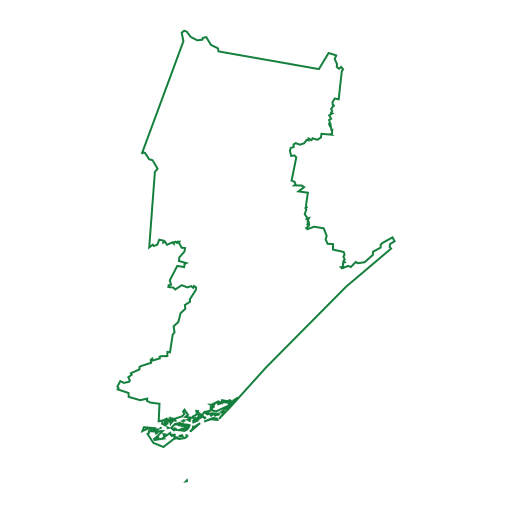 Wellington, Victoria, Australia
{"feature_id": "25037944B69891051906105", "entity_name": "Wellington", "entity_type": "district", "adm_level": 2, "iso_a3": "AUS", "parent_name": "Australia", "parent_adm1": "Victoria", "projection": "mercator", "projection_center": [146.771, -38.038], "detail": "fine", "context": "isolated", "style": "outline", "palette": "green", "viewbox_px": 512, "rotation_deg": 0, "n_neighbors": 0, "source": "geoboundaries", "source_scale": "gbopen_adm2", "svg_char_len": 6136}
<svg xmlns="http://www.w3.org/2000/svg" viewBox="0 0 512 512"><path d="M184.2,30.7L181.7,32.7L183.4,41.3L141.8,153.8L143.4,152.3L145.1,153.0L149.1,159.2L152.6,160.3L157.6,168.7L154.9,171.9L149.2,247.4L152.7,244.7L153.9,246.0L157.3,244.7L159.2,239.7L163.7,240.7L163.3,242.6L165.1,241.7L167.0,244.8L172.3,242.4L173.8,243.8L173.8,242.3L175.5,241.7L176.7,242.2L176.4,243.7L177.6,241.7L179.4,241.7L178.8,242.6L181.6,247.7L185.0,248.0L184.5,251.5L179.3,257.5L178.9,261.0L186.3,263.1L184.6,264.0L184.1,267.1L177.3,265.9L169.8,280.3L171.0,284.7L168.6,285.3L168.4,287.0L173.4,287.6L175.2,289.5L181.7,285.2L187.4,287.4L191.2,286.1L193.2,287.8L194.1,286.0L196.1,287.5L195.8,290.0L189.8,299.4L190.0,301.8L184.9,305.0L185.3,308.8L180.5,313.3L178.4,321.9L173.6,326.3L174.5,332.3L172.7,334.7L170.0,352.3L167.4,351.9L167.3,356.1L160.8,356.2L159.6,356.8L159.8,358.4L152.8,360.5L152.3,358.6L150.7,359.8L151.1,362.8L140.9,366.1L139.5,367.0L139.5,369.4L130.9,373.2L131.7,374.8L128.3,377.2L129.9,380.6L129.0,381.8L123.9,382.9L120.3,381.1L117.4,386.6L118.5,388.1L117.7,389.4L128.5,393.0L128.7,396.9L140.2,400.2L147.2,398.6L146.9,400.8L150.1,402.5L159.5,403.8L158.7,421.3L162.5,420.4L162.1,423.7L164.5,425.0L164.8,421.4L166.7,423.6L167.6,421.9L166.9,419.9L165.2,420.7L163.6,420.2L166.7,418.6L168.6,419.9L168.6,418.5L169.5,422.1L169.6,419.7L170.2,418.9L170.7,423.7L171.6,422.4L170.6,422.0L172.9,420.3L171.0,418.3L174.2,418.9L182.2,416.3L184.5,413.7L183.1,411.7L184.5,409.7L188.0,414.8L185.4,416.9L193.3,417.9L193.0,416.5L197.0,414.3L196.3,410.9L198.1,411.1L197.9,412.4L202.0,415.3L204.2,412.2L205.1,411.7L206.9,412.6L208.8,412.6L206.8,411.5L210.6,410.6L210.7,407.1L212.4,405.3L211.5,405.4L210.4,404.7L212.6,404.7L213.3,406.1L213.0,404.0L218.4,401.4L221.6,403.1L222.0,400.2L227.6,401.2L229.6,400.1L230.5,400.6L229.9,401.8L230.4,402.6L230.6,401.4L232.8,402.0L233.3,400.5L238.0,397.5L233.4,400.9L233.0,403.2L230.5,404.0L229.8,407.6L265.9,367.6L346.2,286.6L391.1,248.6L389.7,247.0L390.0,244.1L394.6,241.2L392.5,237.4L382.5,242.9L380.8,244.5L380.6,247.6L373.1,251.7L372.8,255.0L364.5,262.3L357.5,263.2L355.8,261.9L350.9,267.0L348.2,265.9L342.0,268.4L340.8,267.2L343.2,266.6L342.9,263.2L344.8,262.2L343.4,261.2L344.7,259.4L343.4,256.6L344.6,254.7L343.7,252.0L333.0,249.6L333.0,244.1L327.6,243.8L325.6,239.4L326.7,235.9L323.7,228.3L314.1,226.7L307.4,229.2L306.2,228.0L308.8,225.8L307.7,224.6L309.1,224.3L308.8,223.1L307.1,223.5L308.8,222.1L307.6,220.9L309.0,218.1L306.6,218.8L306.9,217.2L304.7,214.3L306.3,209.5L305.4,208.1L306.7,207.2L305.9,206.0L307.9,192.7L298.5,191.4L304.1,187.1L301.6,185.5L294.3,185.4L295.5,184.4L294.6,181.9L291.6,180.6L296.3,157.4L294.5,155.5L291.2,155.9L289.9,150.8L290.7,148.0L293.7,147.0L293.5,144.5L295.6,143.1L300.0,144.7L304.1,143.3L306.7,139.9L308.7,140.4L308.6,138.5L311.5,140.1L312.6,138.3L317.3,139.8L320.9,137.5L321.5,133.8L331.6,134.7L330.9,134.1L331.9,133.8L332.3,129.8L331.4,129.9L330.6,125.0L329.8,125.8L329.1,123.9L330.0,123.4L329.1,120.0L331.1,118.8L329.2,115.3L332.4,113.4L331.1,112.8L332.2,111.1L331.1,109.1L333.5,105.7L334.6,106.0L332.7,104.7L332.5,102.3L334.7,98.5L338.7,99.3L341.8,71.1L343.1,69.2L341.1,66.9L339.1,68.7L336.8,67.0L337.0,64.0L334.7,59.1L336.2,55.4L328.6,53.0L318.9,69.1L218.5,51.4L218.0,48.4L211.0,44.9L206.2,37.1L202.7,38.0L202.4,39.7L197.2,40.3L190.7,36.9L186.8,31.7L184.2,30.7ZM170.2,432.9L162.7,438.2L163.5,438.6L154.6,440.0L154.1,438.9L159.1,437.3L156.1,437.4L162.6,431.1L159.2,431.2L156.1,433.5L155.6,432.5L157.5,431.8L155.1,430.8L156.3,428.8L153.5,431.4L148.8,431.2L148.9,433.0L147.5,433.9L153.4,442.9L163.4,447.0L173.6,439.1L176.3,438.2L179.2,439.0L185.1,438.0L187.4,436.1L187.1,435.4L186.5,435.3L186.8,436.5L184.8,437.9L178.5,438.8L177.1,438.1L178.3,437.6L174.4,437.2L174.7,435.2L171.0,436.1L172.5,434.8L170.8,434.9L170.2,432.9ZM216.3,411.3L228.7,405.6L229.1,402.8L223.5,402.1L221.9,403.3L218.9,402.9L219.6,403.8L218.3,404.2L218.2,402.0L217.1,402.3L214.0,404.1L213.6,407.2L211.6,407.2L212.3,410.4L217.3,411.7L216.3,411.3ZM181.3,423.7L176.9,424.4L177.7,423.5L175.0,424.0L171.2,428.0L174.6,430.9L173.2,429.2L174.3,428.3L175.4,428.6L174.5,429.7L179.3,430.3L180.1,429.5L185.9,427.9L188.4,427.9L189.3,426.2L186.4,426.2L188.4,424.9L186.7,424.5L183.7,425.6L184.6,424.4L182.1,424.0L181.3,425.7L179.4,425.3L181.3,423.7ZM154.8,428.2L143.9,427.2L142.4,431.1L148.2,428.4L153.1,430.4L154.8,428.2ZM224.7,412.0L219.0,418.9L228.9,408.5L225.9,408.6L220.4,412.6L224.7,412.0ZM217.7,418.7L213.0,418.0L204.1,421.5L211.1,419.2L218.5,420.1L214.6,419.0L217.7,418.7ZM196.7,420.0L201.5,417.3L199.2,415.8L199.2,414.3L197.8,418.2L195.7,418.2L196.7,420.0ZM193.1,420.9L193.4,422.4L196.8,420.9L195.4,420.5L196.3,420.2L195.3,418.2L193.1,420.9ZM179.9,430.2L184.4,430.9L187.4,429.3L187.7,428.7L179.9,430.2ZM216.4,413.8L212.2,413.2L210.6,416.3L212.9,414.3L216.4,413.8ZM187.6,419.7L190.5,421.5L189.1,420.1L190.9,418.5L187.6,419.7ZM200.1,423.2L193.9,427.1L190.9,431.0L189.7,430.9L190.9,431.1L200.1,423.2ZM204.8,412.7L207.5,414.4L208.1,414.2L208.3,414.0L204.8,412.7ZM178.7,436.2L179.6,436.2L182.5,436.0L182.0,435.2L178.7,436.2ZM179.9,423.0L178.4,422.8L180.8,423.4L179.9,423.0ZM163.5,434.1L163.9,435.5L164.9,434.4L163.5,434.1ZM186.8,480.4L186.0,481.3L186.9,481.1L186.8,480.4ZM175.5,420.7L175.3,419.9L173.8,420.5L175.5,420.7ZM202.9,416.0L201.2,416.3L203.2,416.3L202.9,416.0ZM199.8,414.8L201.1,415.8L199.4,414.5L199.8,414.8ZM208.0,413.5L209.3,414.1L210.0,413.5L208.6,413.1L208.0,413.5ZM165.0,424.7L165.6,425.3L166.6,425.4L165.0,424.7ZM156.3,429.5L156.8,430.2L157.8,429.4L156.3,429.5ZM206.0,417.3L204.3,417.9L204.6,418.2L206.0,417.3ZM214.0,415.6L215.2,415.6L217.3,414.5L217.6,414.0L214.0,415.6ZM193.7,426.5L192.1,426.6L192.4,426.7L193.7,426.5ZM167.5,427.4L167.7,428.1L168.7,427.9L167.5,427.4ZM168.4,423.7L167.2,423.3L166.8,423.4L168.4,423.7ZM172.0,422.1L172.9,421.1L171.7,421.7L172.0,422.1ZM228.8,406.1L227.6,407.0L228.0,407.2L228.4,407.1L228.7,406.8L228.8,406.1ZM160.1,427.3L160.7,428.1L161.6,428.2L160.9,428.0L160.1,427.3ZM184.1,419.9L182.5,420.9L182.9,421.0L184.1,419.9ZM184.4,420.4L184.4,420.7L185.4,420.5L184.4,420.4ZM217.4,415.2L218.2,414.9L219.0,414.3L218.8,414.2L217.4,415.2Z" fill="none" stroke="#15803d" stroke-width="2"/></svg>